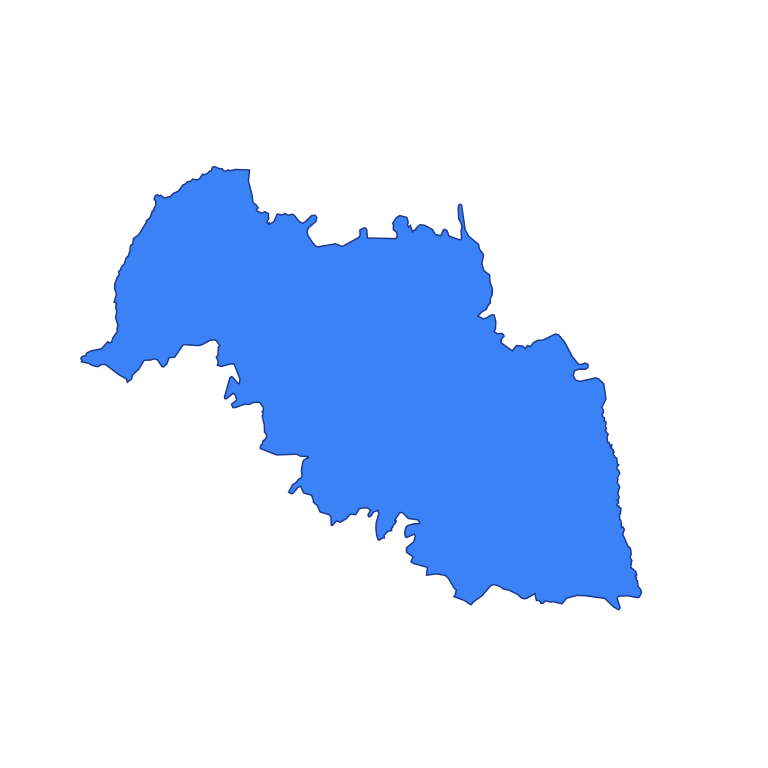 Feshi, Bandundu, Democratic Republic of the Congo (orthographic projection), rotated 194°
{"feature_id": "63176286B93121803325272", "entity_name": "Feshi", "entity_type": "district", "adm_level": 2, "iso_a3": "COD", "parent_name": "Democratic Republic of the Congo", "parent_adm1": "Bandundu", "projection": "orthographic", "projection_center": [18.318, -6.306], "detail": "fine", "context": "isolated", "style": "filled", "palette": "blue", "viewbox_px": 768, "rotation_deg": 194, "n_neighbors": 0, "source": "geoboundaries", "source_scale": "gbopen_adm2", "svg_char_len": 6157}
<svg xmlns="http://www.w3.org/2000/svg" viewBox="0 0 768 768"><g transform="rotate(194 384 384)"><path d="M450.4,256.0L447.1,255.1L445.7,256.2L442.5,262.9L440.2,264.6L435.6,258.8L427.5,258.6L424.7,254.8L424.0,252.4L419.2,249.9L415.1,244.4L405.5,243.9L403.3,242.1L401.0,234.2L399.7,234.5L397.0,239.7L393.0,239.2L387.6,244.6L385.2,249.6L379.8,250.4L378.1,256.2L376.2,257.9L371.9,259.5L369.3,259.6L366.4,258.4L367.9,253.1L366.4,251.4L364.8,252.6L363.3,257.2L359.3,259.8L357.7,257.2L358.0,247.4L357.0,242.2L354.5,235.4L351.8,231.2L349.9,232.1L348.3,234.3L346.4,234.7L347.3,237.2L344.7,242.0L341.1,243.6L341.9,245.1L340.8,247.5L341.1,249.3L339.7,250.7L339.0,253.3L339.2,254.2L340.4,253.7L340.6,254.4L337.6,263.0L334.8,263.7L328.0,259.4L318.0,260.4L316.0,258.4L316.1,257.1L321.6,255.3L326.7,252.4L328.0,250.4L328.1,245.5L326.8,241.7L325.2,240.4L318.2,245.7L316.8,243.9L316.8,238.3L322.3,230.9L322.3,228.9L321.5,226.3L314.0,223.3L314.8,218.1L312.0,217.0L297.5,216.6L296.5,208.8L286.6,212.6L278.3,213.1L274.5,211.0L266.3,202.7L264.1,201.8L263.8,196.5L264.8,194.6L253.5,193.4L247.5,191.1L245.8,191.1L244.7,194.0L237.5,202.5L231.8,214.0L228.7,216.1L222.4,215.6L218.6,214.0L212.7,214.2L202.9,212.0L199.1,209.7L195.7,209.6L193.3,210.8L186.9,217.1L183.7,210.8L182.0,211.4L179.3,210.5L178.9,209.2L176.8,209.6L175.1,212.5L169.3,212.8L167.6,213.7L158.1,213.8L155.0,220.4L145.2,225.7L137.3,227.3L118.0,229.4L107.3,223.3L102.1,221.8L101.1,222.3L100.9,224.3L106.0,232.5L105.2,234.8L96.8,237.4L86.2,238.1L84.8,239.0L83.9,242.0L83.8,243.9L85.3,246.8L88.6,249.0L90.5,254.5L91.5,254.7L92.7,256.7L92.3,257.5L93.9,258.4L92.5,260.0L94.6,263.1L100.3,265.9L100.6,269.9L101.4,270.7L100.6,272.4L103.3,275.3L103.0,278.7L104.5,282.9L106.1,285.0L107.7,285.2L116.0,296.0L115.6,300.9L117.5,303.1L118.8,302.2L121.1,308.8L122.7,310.0L124.0,314.5L123.2,315.5L124.2,321.1L125.7,320.9L126.5,322.4L128.5,322.4L128.8,323.5L127.7,325.2L128.1,327.2L129.9,327.6L128.8,328.4L128.4,331.0L130.7,334.2L130.4,341.3L133.8,344.7L133.9,348.0L134.9,349.7L133.7,354.4L135.9,357.4L137.2,357.4L138.1,359.7L136.6,362.3L138.5,363.0L140.2,368.3L142.2,369.0L144.3,371.3L145.2,373.0L144.3,373.5L145.4,375.2L148.8,377.1L147.9,377.7L148.3,380.0L149.5,378.9L151.6,381.8L152.9,381.3L154.8,386.6L154.3,389.5L158.1,392.3L157.4,394.5L158.8,396.2L159.2,400.2L159.8,401.2L161.3,401.1L161.9,404.5L163.6,405.0L165.1,407.3L164.2,408.8L164.5,411.1L167.0,414.1L165.0,423.1L170.8,437.2L176.7,440.8L180.0,441.2L194.6,433.9L199.2,434.2L202.3,437.8L202.5,442.8L198.7,445.4L192.0,447.1L190.2,449.2L190.4,451.5L191.2,452.6L193.9,453.0L197.5,450.5L200.3,450.4L207.8,456.0L218.9,468.4L226.6,473.9L230.0,473.9L240.4,465.0L245.6,463.4L248.9,460.4L250.9,455.8L254.3,455.9L255.5,452.5L258.6,454.3L264.7,453.4L267.5,447.2L280.6,452.4L281.0,456.0L279.0,459.4L280.2,460.9L281.6,461.6L286.5,460.2L289.0,461.1L289.9,462.1L289.2,464.4L290.5,471.3L293.9,477.7L296.6,476.9L300.9,472.6L303.3,471.3L309.3,472.6L306.8,477.3L302.8,481.2L301.9,485.9L300.4,488.4L301.5,492.8L300.6,496.9L301.9,502.7L305.9,508.6L307.9,515.4L314.4,518.0L318.2,524.5L318.6,532.9L319.4,534.1L324.1,538.1L326.1,542.4L337.5,547.8L342.5,553.2L352.0,576.3L353.3,576.9L354.6,575.9L354.8,573.4L351.4,562.3L347.7,558.2L346.2,554.8L346.4,551.7L343.8,543.6L344.4,542.8L346.6,542.2L356.7,543.3L360.0,548.0L362.5,548.8L363.8,547.4L364.7,541.7L370.3,541.4L374.3,545.6L383.0,547.8L387.6,547.2L390.6,542.8L390.4,541.0L391.7,540.8L393.1,538.5L396.9,544.2L397.9,542.1L399.8,544.1L399.6,546.5L401.5,550.4L402.6,551.1L409.5,551.2L412.1,548.6L414.5,541.8L413.3,540.7L412.3,536.1L408.2,534.1L406.9,530.4L407.8,527.9L435.4,521.6L438.1,529.6L439.6,530.9L441.5,530.5L444.7,527.4L443.2,523.1L443.7,520.3L457.8,507.3L464.9,508.3L481.8,500.9L484.0,501.4L488.2,504.5L493.5,509.5L495.6,513.0L495.0,517.3L489.4,525.2L489.5,529.2L491.6,531.1L495.0,529.9L499.8,522.2L502.0,520.2L505.9,521.3L512.2,526.2L514.4,526.4L517.8,524.6L521.5,525.5L522.0,524.4L524.4,523.2L528.7,523.1L530.1,514.9L533.6,511.4L534.4,512.8L535.2,511.3L536.2,511.8L536.8,514.4L535.8,515.8L537.4,521.3L541.2,522.4L543.8,520.3L549.4,521.2L550.0,522.6L548.7,524.4L551.6,527.0L555.0,528.4L558.0,535.9L564.6,548.0L566.3,559.1L580.2,556.2L584.6,553.9L587.0,553.9L589.3,552.2L591.2,552.0L593.0,553.7L596.0,553.1L601.2,553.9L602.9,553.0L603.1,549.0L604.9,548.2L606.0,545.8L609.5,543.3L610.5,543.8L611.1,543.1L612.6,538.4L615.4,536.7L619.2,536.5L620.5,534.0L623.9,532.6L624.8,530.3L627.3,528.4L630.1,521.5L634.8,517.7L636.5,514.3L642.1,511.3L646.3,513.2L647.4,512.1L649.9,512.9L651.3,511.5L651.9,508.0L649.9,506.1L648.6,502.7L649.6,499.1L649.2,497.5L650.6,496.0L651.3,488.5L654.1,485.0L653.6,483.7L658.1,469.5L662.2,464.6L661.7,458.9L663.3,457.3L663.3,454.1L662.4,452.2L663.1,449.7L662.7,447.3L664.7,443.8L665.0,438.1L667.3,433.2L667.1,431.1L668.7,429.1L667.3,425.7L668.7,423.1L669.4,415.8L668.2,411.0L665.4,406.4L665.6,397.9L663.5,398.2L662.6,392.5L660.8,389.8L660.5,383.3L656.6,377.1L656.3,372.0L655.3,371.0L658.2,363.3L658.4,359.0L660.7,357.3L662.2,358.2L666.7,349.8L676.2,345.3L680.1,342.0L680.3,339.4L683.6,337.5L684.2,336.0L684.0,334.9L682.7,334.1L683.0,332.4L675.3,332.6L672.7,331.6L667.4,331.4L665.6,331.8L662.8,334.6L659.0,335.5L643.2,328.8L635.5,326.7L633.4,323.6L630.1,327.8L630.2,332.0L625.4,339.2L622.5,349.0L616.5,350.7L612.8,352.9L609.5,352.5L603.4,347.0L602.0,347.3L599.6,350.9L598.9,357.5L593.6,359.4L588.6,372.9L587.5,373.9L573.5,376.3L570.0,378.1L563.2,384.5L559.2,385.8L557.3,385.5L552.5,381.6L553.7,379.7L552.0,371.5L553.3,369.8L550.0,365.3L550.2,361.9L546.1,361.7L537.6,366.4L534.3,367.1L525.0,354.2L524.5,349.4L526.1,349.4L532.3,353.9L533.8,354.3L535.0,352.9L535.6,332.3L534.7,331.2L533.3,331.7L528.1,338.5L525.9,337.5L523.4,333.7L523.5,332.0L527.0,327.5L525.0,324.6L523.1,324.9L514.4,330.6L509.4,331.8L507.0,334.2L500.4,336.2L495.2,331.8L494.8,328.7L495.6,327.6L493.9,326.2L494.5,323.6L490.4,315.7L488.2,308.2L487.0,307.8L485.0,304.5L485.6,302.0L487.7,299.5L487.5,296.2L488.9,294.7L488.4,291.5L471.1,289.2L452.0,294.7L447.3,293.8L440.3,295.1L439.5,294.4L443.3,290.9L443.9,288.6L443.2,280.2L441.3,275.2L441.9,272.4L444.0,270.9L445.1,267.4L448.2,264.3L450.4,256.0Z" fill="#3b82f6" stroke="#1e3a8a" stroke-width="1.5"/></g></svg>